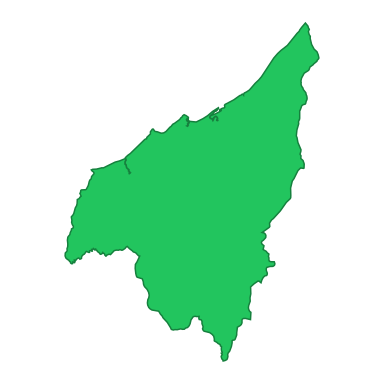 Atacames, Esmeraldas, Ecuador
{"feature_id": "8360857B71031597583616", "entity_name": "Atacames", "entity_type": "district", "adm_level": 2, "iso_a3": "ECU", "parent_name": "Ecuador", "parent_adm1": "Esmeraldas", "projection": "natural_earth1", "projection_center": [-79.87, 0.796], "detail": "fine", "context": "isolated", "style": "filled", "palette": "green", "viewbox_px": 384, "rotation_deg": 0, "n_neighbors": 0, "source": "geoboundaries", "source_scale": "gbopen_adm2", "svg_char_len": 5972}
<svg xmlns="http://www.w3.org/2000/svg" viewBox="0 0 384 384"><path d="M224.9,360.6L226.7,359.7L227.3,358.9L227.9,356.6L227.7,354.4L228.1,353.1L229.7,351.1L231.4,346.5L232.1,343.0L232.1,340.8L232.5,340.3L234.6,339.9L235.2,339.1L236.7,335.0L236.7,332.8L237.4,327.2L240.2,325.6L241.3,324.5L242.0,322.8L242.0,319.8L242.4,319.1L243.4,318.5L245.4,318.4L250.5,319.6L250.9,312.3L249.8,311.5L249.1,310.3L248.6,309.0L248.4,307.6L248.7,305.5L250.2,301.2L250.0,297.8L250.8,293.9L250.6,286.9L254.2,283.7L257.8,281.2L258.9,281.1L261.0,282.8L261.9,279.9L263.2,277.5L264.8,275.9L266.6,275.5L267.1,274.8L267.3,273.2L266.2,270.1L266.3,268.5L266.8,267.4L269.8,266.5L272.9,266.4L274.4,265.4L274.9,263.9L274.3,261.8L270.8,261.7L269.4,261.2L268.9,260.0L268.9,257.8L268.4,256.4L268.9,254.1L268.5,253.6L267.5,253.1L266.3,251.4L263.1,249.5L264.0,245.8L261.8,243.8L261.4,242.4L261.9,241.3L263.5,240.1L265.5,237.9L265.8,237.3L265.9,235.5L265.4,234.2L264.2,233.0L262.1,232.5L269.2,227.4L269.8,226.5L269.5,223.1L271.6,219.9L273.3,218.6L280.4,210.8L286.3,202.4L290.3,198.6L290.7,197.7L290.8,195.4L290.6,188.0L292.3,181.0L294.0,178.6L298.0,170.5L300.6,168.0L303.6,168.4L304.0,168.1L304.2,164.1L303.9,163.0L303.0,160.5L300.8,158.5L301.0,155.8L300.0,154.2L300.8,151.6L301.0,149.8L297.9,142.5L297.0,137.5L296.3,136.0L296.9,130.0L298.7,123.8L298.5,121.9L299.0,120.1L299.4,119.9L299.7,118.3L299.7,110.7L300.2,110.1L301.8,105.6L303.1,104.7L305.2,104.1L305.6,103.6L306.3,100.8L306.9,99.8L307.1,98.2L306.8,96.0L306.2,94.7L305.8,92.7L303.3,89.5L302.9,88.0L301.6,86.2L301.0,84.1L301.2,82.4L300.9,81.1L301.6,78.0L304.2,73.2L308.4,70.5L309.0,69.8L310.0,67.0L313.3,64.6L313.6,64.0L316.9,61.3L317.2,60.3L318.5,58.9L318.9,58.0L318.2,54.8L317.0,51.8L314.1,49.1L311.6,44.4L310.2,38.5L310.3,36.3L309.2,34.7L308.4,31.6L309.3,29.3L308.5,28.1L307.9,26.0L305.4,23.0L301.6,27.4L299.6,30.2L299.2,31.3L297.1,33.3L287.4,45.4L281.0,50.4L277.6,53.6L273.8,58.0L261.5,76.7L258.8,79.9L255.2,83.3L249.4,90.0L246.4,92.0L244.3,93.0L243.5,94.5L243.5,95.0L242.8,94.1L242.1,94.2L241.3,95.0L239.7,95.6L233.7,99.9L225.1,104.4L224.5,105.2L224.8,107.1L224.3,107.8L222.2,108.3L219.7,109.8L219.7,110.5L220.2,110.6L220.9,110.4L221.3,109.5L221.3,110.4L220.7,111.1L215.6,113.8L210.6,115.8L210.2,116.4L210.1,117.3L210.4,118.0L210.9,118.5L212.3,118.6L212.9,120.1L213.7,117.6L215.2,116.3L216.2,116.3L217.1,117.1L217.7,118.3L216.9,120.2L218.5,120.3L217.3,120.7L216.7,120.4L216.7,119.7L217.4,118.2L216.6,117.0L216.0,116.6L215.4,116.6L214.2,117.6L213.3,120.1L212.9,120.6L212.1,119.0L210.3,118.5L209.6,117.3L209.9,116.3L210.9,115.2L212.1,114.4L214.8,111.5L216.3,111.0L217.3,110.0L218.6,108.3L218.4,107.7L212.5,111.5L207.6,115.7L202.9,118.7L196.2,122.0L190.2,121.4L188.6,120.7L187.4,119.2L187.0,119.1L186.9,119.7L187.2,120.6L189.3,122.2L189.1,122.9L187.9,124.0L188.4,125.1L187.6,126.3L186.8,125.9L187.9,125.4L187.5,123.9L188.8,122.2L187.0,121.0L186.4,119.7L187.1,118.5L188.3,119.1L188.4,117.3L186.1,115.6L184.1,114.7L182.6,115.8L182.2,116.8L180.9,117.8L179.7,119.5L174.7,123.2L172.7,124.3L171.1,126.4L169.9,127.2L166.0,131.5L163.7,132.9L161.1,133.2L157.7,131.9L155.1,131.4L154.5,131.0L153.4,129.2L152.9,129.0L152.2,129.3L150.4,131.8L150.4,134.0L146.9,137.3L146.6,138.8L145.5,139.0L144.6,139.6L130.2,153.6L127.7,155.4L125.3,157.7L125.3,158.1L125.9,158.9L126.2,160.0L125.2,161.8L125.2,163.8L126.1,164.6L126.7,167.7L129.0,169.7L128.6,170.9L129.4,171.3L129.7,171.7L129.3,173.5L130.0,172.6L130.4,172.8L129.5,173.7L129.2,173.7L129.1,173.4L129.3,171.6L128.4,171.0L128.6,169.8L126.6,167.9L125.9,165.0L125.0,164.2L124.9,162.0L125.9,159.8L125.7,158.9L125.2,158.6L119.6,160.9L115.1,162.1L103.3,167.9L101.8,167.8L96.5,169.1L92.7,169.3L91.3,169.9L92.2,171.1L93.5,172.0L94.0,173.0L93.9,173.8L91.6,176.5L91.2,178.8L89.9,180.0L89.3,181.3L88.3,185.4L86.3,189.3L85.6,189.7L81.6,189.9L80.8,190.4L80.5,192.5L79.9,193.3L81.1,196.2L80.0,197.2L79.0,198.7L77.3,199.5L77.1,203.6L76.6,205.6L75.3,207.9L73.8,213.4L73.0,214.9L71.3,216.9L71.9,220.4L71.6,222.3L72.3,224.6L73.2,226.0L73.4,227.1L72.8,228.3L71.5,228.9L71.4,230.2L70.3,232.5L69.8,234.7L68.1,236.7L67.8,237.4L67.4,240.1L67.8,243.9L67.7,246.6L67.0,248.8L67.2,250.6L66.7,251.5L65.3,253.0L65.1,255.9L65.8,257.9L67.5,259.5L68.6,260.0L69.6,261.4L70.4,261.9L70.5,262.8L71.0,263.4L71.9,263.8L72.6,263.6L72.9,263.0L72.6,262.0L72.9,261.8L74.6,262.6L75.1,261.4L74.3,260.4L74.3,260.0L75.9,260.2L76.4,259.3L78.3,258.0L79.0,258.1L79.9,259.2L81.3,258.6L81.6,258.1L81.5,257.3L81.8,256.3L83.4,254.5L84.4,254.1L86.2,251.5L86.6,251.4L88.5,252.4L89.5,252.4L89.6,250.8L90.6,250.5L91.6,251.1L92.2,251.1L91.8,249.5L92.7,249.7L93.3,248.5L94.8,249.9L95.4,249.0L95.7,249.0L96.1,250.1L97.1,250.5L97.3,251.4L99.3,252.9L100.2,254.2L100.7,254.3L101.8,253.9L102.8,252.5L103.2,253.3L104.2,253.5L104.6,254.2L104.7,254.9L105.8,256.1L106.4,255.9L106.7,255.2L109.0,254.2L110.5,254.6L114.3,250.6L116.4,250.1L118.7,250.2L119.9,249.6L121.5,250.2L122.6,250.1L125.0,248.5L126.2,247.0L127.2,246.4L129.6,248.8L132.3,250.8L133.3,251.9L135.6,252.7L138.6,255.9L139.7,256.1L137.0,261.9L135.4,264.4L135.2,268.4L135.8,273.6L136.4,276.0L137.1,277.2L142.3,278.8L143.3,281.8L143.5,284.1L143.9,285.3L144.6,286.7L147.1,289.4L148.6,292.3L149.2,295.2L148.8,297.6L147.8,299.8L147.4,302.9L147.7,305.1L148.8,307.5L150.0,308.8L151.9,310.0L158.7,311.2L160.6,314.4L162.0,315.8L163.1,317.9L167.3,322.4L170.5,327.6L171.3,329.4L173.3,330.0L174.9,329.6L177.2,329.7L180.5,328.9L182.7,329.3L184.4,329.2L185.6,328.1L187.6,327.5L189.2,325.7L190.1,323.7L191.0,319.9L193.0,317.0L193.8,316.5L195.2,316.3L196.8,316.6L199.1,316.4L198.8,318.1L199.2,319.5L200.9,319.7L201.5,320.3L202.0,321.4L202.0,323.7L203.1,326.7L202.8,328.2L202.5,328.8L203.3,330.5L204.1,331.2L209.7,332.6L212.2,334.4L213.7,336.2L214.4,339.2L214.2,340.1L214.4,341.0L216.8,342.3L218.2,343.6L220.2,344.5L220.4,345.9L221.5,346.6L221.3,349.0L221.6,351.1L222.3,352.2L222.1,352.9L221.3,353.2L222.2,354.6L221.2,356.2L221.2,356.8L221.9,359.0L222.8,359.8L223.1,361.0L224.9,360.6Z" fill="#22c55e" stroke="#15803d" stroke-width="1.5"/></svg>